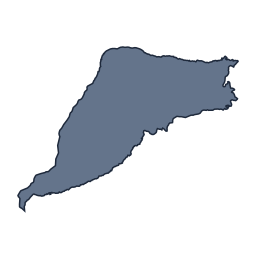 Tsa-le-Moleka, Butha-Buthe, Lesotho (Mercator projection), rotated 89°
{"feature_id": "5366337B25108724147301", "entity_name": "Tsa-le-Moleka", "entity_type": "district", "adm_level": 2, "iso_a3": "LSO", "parent_name": "Lesotho", "parent_adm1": "Butha-Buthe", "projection": "mercator", "projection_center": [28.369, -28.789], "detail": "fine", "context": "isolated", "style": "filled", "palette": "slate", "viewbox_px": 256, "rotation_deg": 89, "n_neighbors": 0, "source": "geoboundaries", "source_scale": "gbopen_adm2", "svg_char_len": 5718}
<svg xmlns="http://www.w3.org/2000/svg" viewBox="0 0 256 256"><g transform="rotate(89 128 128)"><path d="M209.1,232.8L205.0,233.1L204.2,232.9L203.1,232.3L200.6,232.1L199.2,230.5L198.3,230.0L198.1,229.1L197.6,228.5L196.6,227.6L196.0,227.3L192.6,224.0L192.4,223.1L192.8,222.5L193.2,221.0L193.7,220.1L194.2,217.9L194.0,216.9L194.5,216.1L194.6,215.2L194.2,213.2L193.9,212.8L193.3,212.5L193.1,212.2L193.2,211.1L192.4,210.3L192.8,209.5L192.4,209.3L192.4,208.7L191.5,208.2L191.4,207.5L191.4,206.9L193.0,207.2L192.9,206.4L191.5,206.1L191.6,205.7L191.1,205.2L191.7,204.6L191.5,203.5L191.5,202.8L192.0,201.6L191.9,198.9L190.9,198.0L190.8,197.6L191.4,197.1L191.4,195.9L190.2,193.9L190.1,192.8L189.3,192.0L189.1,191.0L188.4,190.0L188.4,189.7L188.8,188.6L187.1,186.8L186.4,185.7L186.1,184.6L186.2,183.2L185.9,181.7L185.2,180.5L185.4,177.8L185.1,177.2L183.9,176.4L184.0,175.4L183.5,174.5L183.7,173.5L182.7,172.3L182.5,171.2L181.7,170.5L181.4,169.6L180.6,168.7L180.8,166.6L179.9,165.8L179.9,165.1L179.2,164.5L179.0,163.5L178.2,162.0L178.2,160.5L177.6,159.1L176.6,158.3L175.6,157.9L175.5,157.3L175.5,155.7L174.9,154.7L175.0,153.8L174.0,152.8L173.4,151.8L172.8,149.4L172.7,148.3L171.7,147.5L171.6,147.0L171.2,146.6L170.2,146.1L170.5,145.3L170.4,145.1L167.5,144.0L167.1,143.0L166.7,142.7L166.3,142.2L166.3,141.3L165.3,139.7L165.4,139.1L165.0,138.1L163.5,137.5L163.6,136.0L163.0,134.3L162.3,134.4L161.7,133.7L160.6,133.3L159.2,132.1L158.7,131.3L157.3,130.5L157.0,129.4L156.4,129.0L155.3,128.7L155.3,128.3L155.8,127.0L155.2,126.6L155.2,126.2L154.8,125.7L153.9,125.3L152.6,125.7L151.2,125.4L148.8,123.7L148.0,123.6L148.0,123.3L146.6,122.7L146.6,122.1L145.8,121.6L145.7,120.6L145.9,120.0L145.9,119.4L145.6,118.9L144.8,118.6L144.4,116.5L143.8,116.5L141.8,115.2L141.1,115.0L140.7,114.4L139.3,113.9L139.0,114.5L138.6,114.7L138.4,114.2L138.5,113.8L137.3,113.7L135.5,112.3L134.9,112.3L134.6,112.0L132.9,112.7L131.0,112.2L130.7,111.2L131.6,109.5L131.8,107.7L132.5,106.8L133.8,106.1L134.9,104.0L134.9,102.7L134.5,101.8L133.1,100.0L132.3,99.6L130.9,99.4L129.1,98.6L129.8,96.6L129.8,95.3L130.5,94.2L129.4,93.8L128.7,93.3L129.6,92.0L130.7,91.2L131.2,90.6L131.8,90.1L131.8,89.1L130.9,88.9L129.0,89.0L127.6,88.7L126.5,88.2L125.6,87.4L124.7,87.1L123.8,86.3L123.4,83.4L122.5,83.2L121.6,83.3L119.8,82.8L119.0,82.0L117.2,78.9L117.6,76.2L117.6,74.5L118.5,70.4L116.3,64.8L116.3,62.4L115.8,61.3L115.2,57.3L114.5,55.7L112.1,53.8L111.7,53.1L111.4,51.9L111.7,49.3L111.2,48.1L111.7,47.2L111.7,42.8L111.0,41.8L110.7,41.1L110.6,37.6L111.0,36.2L110.7,34.9L111.0,33.7L111.7,32.6L110.3,31.0L111.0,29.9L110.7,28.6L110.3,27.9L109.7,27.6L109.0,28.5L108.5,29.6L107.7,29.7L107.4,29.4L107.0,27.6L107.2,27.0L107.9,27.6L108.3,27.4L108.5,26.9L108.0,26.0L107.9,24.5L107.4,24.2L106.1,24.0L103.4,25.0L102.4,24.9L101.6,23.4L102.3,21.6L102.2,21.0L102.5,19.8L101.1,18.2L100.6,18.0L99.3,19.5L98.9,20.4L96.5,21.1L95.0,21.9L94.4,22.7L94.4,23.2L94.0,23.8L93.6,23.7L93.2,23.3L92.2,21.9L92.0,21.1L91.6,20.8L90.8,21.3L90.3,22.2L90.0,23.1L90.0,24.6L89.5,24.9L89.1,24.8L87.1,25.3L84.7,25.5L83.9,25.9L83.4,26.7L83.4,27.1L83.6,27.5L84.7,27.3L85.4,27.5L85.9,29.0L86.2,29.5L87.7,30.0L88.2,30.3L88.4,31.1L88.2,31.9L87.5,32.3L86.5,32.2L84.1,30.8L82.5,30.3L78.8,29.9L77.9,29.0L77.7,28.4L77.3,27.8L75.3,26.5L73.5,26.3L71.9,26.7L70.8,26.3L69.7,26.5L68.9,26.3L68.1,25.7L67.4,24.5L67.8,23.2L68.9,21.3L68.7,21.1L67.3,20.8L66.2,19.4L65.2,18.6L63.4,16.8L62.7,17.0L62.5,17.5L62.6,18.5L62.3,19.7L62.8,21.6L61.6,21.9L61.4,22.5L62.2,23.9L62.1,25.1L61.4,25.8L61.1,26.5L61.5,28.0L61.1,28.8L60.7,29.1L60.2,28.9L60.2,28.2L59.8,27.8L59.1,28.2L58.0,29.5L58.2,30.0L59.9,31.2L60.1,31.7L59.9,32.5L59.7,32.8L60.0,33.1L61.4,32.7L61.6,33.1L61.6,34.1L62.3,35.9L62.0,36.5L62.3,37.1L62.2,37.7L62.6,37.9L62.0,39.3L62.1,40.0L62.5,40.9L62.3,41.7L63.3,42.9L63.5,44.7L64.2,46.3L63.7,48.0L64.0,48.6L63.7,49.9L62.6,52.0L62.1,53.4L62.1,55.6L61.4,57.4L61.7,58.0L62.5,58.5L63.0,59.0L62.3,60.3L62.5,61.1L62.1,62.0L62.1,62.7L62.5,64.0L62.3,64.7L61.6,65.3L62.1,65.9L61.5,66.9L61.5,68.3L61.1,70.2L61.3,70.7L61.2,71.1L60.7,71.8L60.3,72.8L60.3,73.5L59.5,75.3L60.0,76.3L59.4,77.6L58.5,78.3L58.4,79.3L58.0,79.8L58.1,80.6L57.5,81.3L57.2,81.3L57.2,83.4L56.5,85.5L56.7,86.3L56.6,86.7L56.8,87.1L56.6,87.9L56.9,89.1L56.7,90.3L56.4,90.7L56.7,92.3L57.2,92.7L57.2,93.2L57.5,93.4L57.7,93.7L57.2,96.1L57.4,98.0L56.5,99.7L56.4,100.4L55.8,101.9L55.6,102.7L55.9,103.9L54.8,105.4L54.5,106.0L54.6,106.8L54.3,107.0L54.1,107.9L53.6,108.8L53.2,109.1L52.9,110.4L51.6,111.2L50.5,112.5L49.5,114.1L48.9,115.5L47.9,118.6L47.8,120.0L48.2,122.4L47.8,124.4L47.3,125.5L47.1,126.9L47.3,129.7L46.9,131.7L47.2,134.2L47.9,135.8L48.6,137.0L48.6,138.3L48.3,139.7L48.3,142.3L48.7,144.3L50.6,148.3L51.7,149.6L52.2,149.9L52.9,150.7L53.1,150.5L53.6,150.9L53.7,151.3L54.3,151.4L54.8,152.2L55.5,152.5L58.4,153.5L58.7,153.1L59.1,153.2L59.2,153.9L61.0,154.1L62.0,154.5L65.1,154.5L66.0,154.2L66.9,155.0L68.2,155.5L69.6,155.6L71.1,156.1L71.1,156.9L73.7,157.5L75.9,158.5L77.3,159.4L77.7,160.0L79.2,160.5L80.2,161.4L82.8,162.5L85.4,167.6L86.4,168.3L88.3,168.2L89.4,168.6L90.6,170.1L91.9,171.0L93.2,171.2L96.6,172.9L97.9,173.8L98.6,174.8L99.2,176.7L100.5,177.5L102.3,178.1L103.2,178.7L104.3,179.7L106.6,182.4L109.9,183.5L111.2,184.4L111.7,185.2L113.0,185.8L115.7,186.5L119.1,188.8L123.4,192.2L126.9,194.2L129.1,196.2L130.9,196.8L132.5,197.1L134.1,196.8L135.4,196.3L144.2,198.6L151.7,197.9L157.8,200.7L164.4,201.2L167.8,205.9L170.2,208.3L170.4,210.8L171.1,211.8L172.0,215.8L173.5,220.6L174.4,221.4L176.4,222.5L177.5,222.9L179.5,223.1L180.7,223.6L181.5,225.3L182.2,226.1L183.7,226.7L186.2,229.5L188.8,236.1L189.7,236.9L193.5,239.2L194.8,238.8L195.5,238.0L196.8,237.3L202.4,237.8L204.8,237.8L205.5,237.3L206.6,235.4L209.1,232.8Z" fill="#64748b" stroke="#1e293b" stroke-width="1.5"/></g></svg>